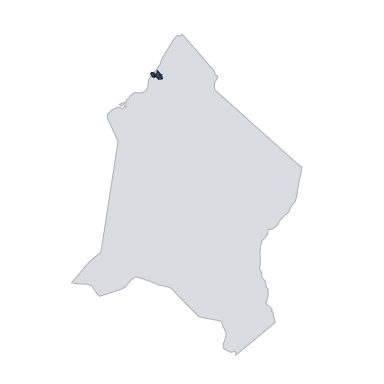 Malindi, Coast, Kenya (highlighted), rotated 189°
{"feature_id": "3690345B29695103199893", "entity_name": "Malindi", "entity_type": "district", "adm_level": 2, "iso_a3": "KEN", "parent_name": "Kenya", "parent_adm1": "Coast", "projection": "natural_earth1", "projection_center": [39.914, -3.232], "detail": "fine", "context": "in_parent", "style": "filled", "palette": "slate", "viewbox_px": 384, "rotation_deg": 189, "n_neighbors": 0, "source": "geoboundaries", "source_scale": "gbopen_adm2", "svg_char_len": 4626}
<svg xmlns="http://www.w3.org/2000/svg" viewBox="0 0 384 384"><g transform="rotate(189 192 192)"><path d="M87.4,234.5L87.3,229.4L88.0,216.2L87.9,204.7L88.5,198.9L90.9,195.2L92.1,192.5L92.9,188.8L94.2,185.8L97.1,183.3L97.6,182.0L100.7,177.8L102.6,172.5L104.0,170.7L105.8,169.1L107.0,168.2L109.0,167.3L110.6,166.8L110.9,166.4L111.0,165.5L110.5,162.2L111.2,161.2L112.3,159.0L113.5,156.9L114.7,155.6L115.3,154.3L115.6,152.0L115.6,150.3L115.6,147.7L115.3,141.6L114.0,136.5L113.1,130.8L113.7,128.9L112.7,125.6L112.2,125.4L111.4,124.7L110.3,121.5L109.5,118.6L109.0,117.9L105.5,115.4L103.7,109.5L101.8,108.2L100.7,102.3L100.5,100.6L101.6,94.7L101.5,93.4L100.4,92.2L97.1,90.9L94.4,88.5L94.7,87.6L94.9,86.7L93.5,86.2L89.5,76.1L94.7,70.1L100.1,64.0L106.9,56.2L113.1,49.1L118.6,43.0L123.4,37.5L123.3,38.6L123.3,39.9L123.9,40.8L124.9,41.4L126.3,40.8L127.5,39.9L128.6,39.7L135.9,42.0L137.1,44.0L137.0,46.1L137.3,47.7L136.7,49.2L136.1,54.0L136.3,58.3L138.5,61.5L140.4,64.0L141.9,67.5L143.1,68.6L144.6,69.1L149.6,69.3L157.0,69.5L164.1,69.7L164.7,69.8L166.2,70.3L172.7,75.1L178.7,79.4L183.8,83.2L188.7,86.9L193.4,90.5L197.1,93.4L200.8,94.4L206.7,94.8L210.8,94.9L214.6,96.2L220.2,97.3L224.4,97.9L227.0,98.6L234.0,99.3L235.2,98.9L238.3,95.6L241.8,90.2L243.2,87.3L247.7,84.4L255.6,80.3L261.1,77.4L267.3,74.5L270.2,77.0L274.0,81.0L275.8,83.0L277.2,83.9L279.3,84.5L281.9,84.5L283.3,84.4L286.1,83.9L292.8,83.4L296.7,83.5L293.4,88.8L289.6,95.2L282.5,107.0L277.0,113.2L272.9,117.9L272.6,118.8L272.6,124.0L272.6,136.8L272.7,162.3L272.8,187.9L272.9,213.5L272.9,226.2L273.0,230.5L276.6,235.9L280.1,241.2L284.7,248.1L287.2,251.8L287.6,253.1L287.5,255.6L283.7,260.8L280.5,263.1L276.3,264.3L275.0,264.1L273.4,263.3L272.7,264.6L272.3,266.5L271.3,266.1L270.6,265.5L271.0,269.0L271.5,270.7L270.8,273.0L268.8,275.0L268.6,276.7L264.2,281.2L257.9,281.7L254.6,283.9L253.1,285.7L252.0,289.7L252.4,295.7L250.7,300.4L250.3,302.7L247.1,305.8L245.6,308.6L244.6,311.4L243.6,312.6L242.6,319.0L241.0,322.8L240.6,324.1L240.3,325.3L239.1,327.5L238.3,329.1L237.8,330.1L234.0,340.0L231.0,344.5L228.6,343.9L227.1,345.7L226.9,346.5L226.1,346.0L224.1,344.4L220.1,341.0L216.1,337.7L212.0,334.3L208.0,331.0L204.0,327.6L200.0,324.3L196.0,320.9L191.9,317.6L189.6,315.6L188.5,314.4L187.7,312.1L187.3,311.6L186.2,310.8L185.0,310.7L184.6,310.2L184.6,309.1L185.1,307.5L186.5,304.4L186.7,302.6L186.4,300.6L185.9,297.3L185.5,296.5L182.9,294.8L177.3,291.2L171.7,287.6L166.1,284.0L160.5,280.4L154.9,276.7L149.3,273.1L143.7,269.5L138.1,265.9L132.6,262.3L127.0,258.7L121.4,255.1L115.8,251.5L110.2,247.9L104.6,244.3L99.0,240.6L93.4,237.0L91.3,235.7L89.4,234.5L87.4,234.5ZM273.4,269.6L272.4,269.9L272.9,268.1L275.8,265.9L276.9,266.4L277.2,266.9L277.1,267.4L276.6,267.8L273.4,269.6Z" fill="#d9dde1" stroke="#a8b0b8" stroke-width="1"/><path d="M242.3,304.0L245.1,306.1L245.1,302.7L246.7,302.6L246.9,301.6L247.3,301.8L247.5,301.8L247.7,302.2L247.6,302.4L247.6,302.5L248.3,302.8L248.3,303.3L248.7,303.3L248.7,303.7L250.3,303.6L250.5,303.6L250.5,303.4L250.6,303.2L250.7,302.9L250.8,302.8L250.7,302.8L250.7,302.7L250.6,302.4L250.6,302.2L250.7,301.9L250.6,301.6L250.4,301.5L250.2,301.4L249.9,301.2L249.7,301.1L249.4,301.0L249.3,300.9L249.2,300.8L249.2,300.7L249.2,300.4L249.3,300.4L249.3,300.2L249.2,300.2L249.3,300.2L249.2,299.9L249.0,300.0L249.0,299.9L248.9,299.9L248.7,299.9L248.5,300.0L248.4,300.0L248.3,299.9L248.2,299.7L247.9,299.7L247.8,299.8L247.7,299.9L247.5,299.7L247.4,299.6L247.3,299.4L247.2,299.3L246.9,299.4L246.9,299.5L247.0,299.5L247.1,299.8L247.1,300.0L246.9,300.0L246.9,299.9L246.8,300.0L246.7,300.1L246.5,300.3L246.7,300.5L246.4,300.6L246.3,300.8L246.2,300.8L245.9,300.8L245.7,300.8L245.4,301.0L245.3,300.9L245.2,300.8L245.2,300.7L244.9,300.4L245.0,300.3L245.0,300.2L244.9,300.1L244.7,300.2L244.7,300.3L244.7,300.5L244.6,300.4L244.6,300.2L244.4,300.1L244.2,300.0L243.9,300.0L243.8,299.9L243.9,299.7L243.7,299.4L243.4,299.3L243.2,299.4L243.2,299.2L243.2,298.9L242.9,298.9L242.7,298.9L242.7,298.7L242.8,298.7L242.8,298.4L242.7,298.3L242.4,298.4L242.2,298.5L241.8,298.6L241.7,298.6L241.4,298.8L241.2,298.8L241.2,299.0L240.9,298.9L240.6,298.8L240.4,298.8L240.2,298.9L240.0,299.0L239.9,299.0L239.7,299.2L239.5,299.3L239.4,299.3L239.4,299.2L239.4,299.3L239.2,299.3L239.2,299.5L239.2,299.8L239.3,299.8L239.4,300.0L239.5,300.1L239.6,300.3L239.7,300.5L239.8,300.6L239.8,300.8L239.8,301.0L241.0,301.4L240.5,302.8L240.8,302.7L241.2,302.6L241.6,302.3L241.7,302.2L242.1,301.8L242.4,301.4L242.7,302.0L242.6,302.3L242.6,302.5L242.5,302.8L242.4,303.0L242.3,303.3L242.3,303.5L242.2,303.6L242.2,303.8L242.3,303.9L242.3,304.0L242.3,304.0Z" fill="#64748b" stroke="#1e293b" stroke-width="1.5"/></g></svg>